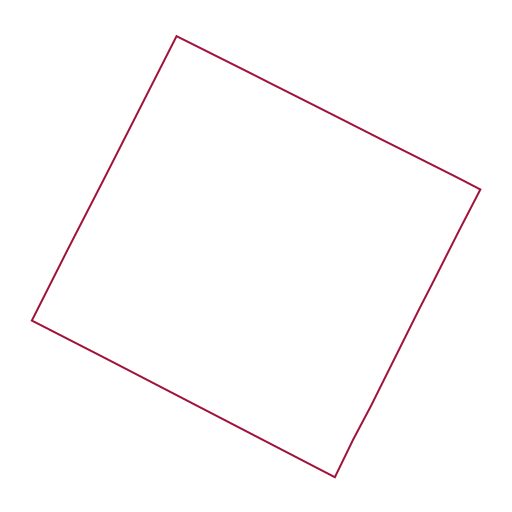 the district of Winnebago, Wisconsin, United States of America, rotated 27°
{"feature_id": "52423323B37520871784820", "entity_name": "Winnebago", "entity_type": "district", "adm_level": 2, "iso_a3": "USA", "parent_name": "United States of America", "parent_adm1": "Wisconsin", "projection": "equal_earth", "projection_center": [-88.588, 44.069], "detail": "fine", "context": "isolated", "style": "outline", "palette": "rose", "viewbox_px": 512, "rotation_deg": 27, "n_neighbors": 0, "source": "geoboundaries", "source_scale": "gbopen_adm2", "svg_char_len": 414}
<svg xmlns="http://www.w3.org/2000/svg" viewBox="0 0 512 512"><g transform="rotate(27 256 256)"><path d="M85.4,96.2L85.6,255.5L85.3,334.3L85.6,415.3L171.0,415.5L426.7,417.3L425.9,375.7L426.5,337.3L426.3,317.7L425.9,271.8L425.5,228.6L425.6,201.7L425.4,141.1L425.7,94.9L402.8,94.7L401.0,94.7L340.6,95.0L317.6,95.2L255.7,95.3L189.0,95.6L170.3,95.6L85.4,96.2Z" fill="none" stroke="#9f1239" stroke-width="2"/></g></svg>